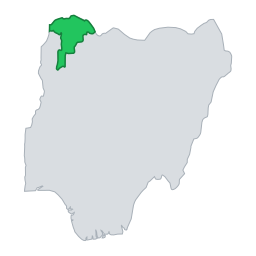 Sokoto on a map of Nigeria (Equal Earth projection)
{"feature_id": "NGA-2871", "entity_name": "Sokoto", "entity_type": "State", "adm_level": 1, "iso_a3": "NGA", "parent_name": "Nigeria", "parent_adm1": "", "projection": "equal_earth", "projection_center": [5.256, 12.709], "detail": "fine", "context": "in_parent", "style": "filled", "palette": "green", "viewbox_px": 256, "rotation_deg": 0, "n_neighbors": 0, "source": "natural_earth", "source_scale": "10m", "svg_char_len": 4838}
<svg xmlns="http://www.w3.org/2000/svg" viewBox="0 0 256 256"><path d="M213.6,19.4L221.7,34.0L223.5,44.9L224.2,50.2L225.5,50.9L228.0,51.2L229.8,52.2L230.9,54.0L231.6,55.7L231.7,56.7L231.3,63.2L230.7,65.5L231.1,68.7L231.0,70.1L230.7,71.1L229.7,72.1L228.2,73.2L224.6,76.3L223.6,76.8L222.1,76.8L220.8,77.6L219.2,79.3L216.0,85.5L213.2,91.8L211.1,102.0L208.7,105.1L208.2,108.0L207.9,114.3L207.5,116.2L207.1,116.8L204.4,118.0L202.8,119.5L201.9,122.3L200.8,132.1L200.4,133.7L199.5,135.4L198.1,137.3L196.9,138.3L193.8,139.0L190.9,146.3L190.9,147.6L189.6,154.3L187.3,159.3L187.2,162.6L184.4,167.0L182.9,170.1L184.4,173.2L184.6,173.7L179.7,179.1L179.4,179.9L179.2,183.6L178.8,184.6L177.9,185.9L176.6,187.4L175.2,188.6L173.7,189.4L172.3,189.7L171.4,189.2L171.0,188.1L170.1,183.6L169.7,182.6L168.7,181.7L164.9,176.7L162.6,175.0L162.1,175.1L161.8,175.6L161.1,178.1L160.5,179.0L159.3,179.3L157.2,179.4L155.6,179.0L155.3,178.5L154.5,176.6L149.9,181.1L148.2,182.1L146.1,187.5L143.2,190.2L141.1,192.5L135.7,199.8L134.6,202.0L133.5,205.2L131.2,218.9L127.4,227.5L126.9,229.4L126.7,229.3L126.2,230.1L124.7,229.6L124.1,228.0L123.2,227.7L121.6,225.4L121.3,225.8L122.9,231.7L122.3,234.0L117.7,234.1L113.7,234.9L111.0,234.8L109.6,234.0L109.0,231.7L108.7,232.0L108.6,233.1L107.7,234.1L104.7,234.3L103.3,232.7L102.2,231.0L101.0,230.3L101.2,231.0L102.5,232.7L102.4,235.0L99.9,237.8L98.3,238.0L97.4,236.8L96.9,234.8L96.6,232.0L95.9,230.1L95.6,230.1L96.0,233.2L96.0,236.1L97.2,238.4L95.4,239.1L93.2,239.2L93.0,238.3L92.7,236.4L92.3,236.0L91.9,239.1L87.4,240.0L86.8,239.9L86.6,239.3L87.0,238.4L86.9,237.0L85.9,238.1L85.8,240.3L85.2,240.6L83.5,240.3L81.6,239.2L78.6,236.4L74.9,231.9L74.3,229.9L73.3,227.4L71.4,220.6L71.7,220.2L72.6,220.6L73.0,220.0L71.4,219.5L71.1,219.0L71.0,217.5L71.1,215.6L73.4,214.7L74.0,213.5L74.3,212.4L71.4,214.1L68.7,212.2L68.1,211.0L68.4,210.1L71.5,210.0L72.6,209.2L72.0,208.9L70.8,208.9L70.3,208.3L70.4,206.9L70.0,207.2L69.5,208.5L67.7,209.4L66.6,208.5L66.5,206.4L66.3,205.5L65.4,204.8L62.2,199.4L58.2,194.9L54.7,191.8L49.4,190.3L38.2,190.4L37.6,190.0L38.2,189.2L39.2,188.8L42.8,186.3L42.2,185.9L38.5,187.5L37.2,187.7L35.5,190.7L24.5,191.3L24.6,189.9L25.1,186.0L25.7,183.3L25.0,179.9L24.8,176.9L25.3,176.0L25.5,174.9L25.4,167.2L25.9,166.0L26.0,165.3L24.8,162.0L24.8,159.5L24.6,157.0L24.3,155.9L24.7,146.5L24.6,144.2L24.9,142.6L25.1,138.5L25.1,134.6L25.9,128.3L30.6,127.5L31.7,125.0L32.4,121.9L32.2,118.9L33.7,116.2L35.6,113.8L35.5,111.2L36.0,110.4L36.9,109.8L38.1,109.5L39.5,108.2L40.3,105.9L41.1,102.2L39.9,99.7L39.9,99.1L40.4,97.8L41.1,96.4L41.7,96.0L43.1,96.3L43.5,95.8L44.4,91.8L44.3,90.7L43.1,88.0L42.4,80.7L42.0,79.8L41.0,78.4L38.4,73.3L38.5,70.9L39.6,67.8L40.3,66.3L41.3,65.5L41.5,64.7L41.2,63.9L40.7,63.2L40.6,61.8L41.1,59.9L41.0,57.8L41.2,46.8L43.4,44.7L46.5,41.1L48.0,37.4L48.9,34.6L49.9,25.2L51.6,24.2L54.7,20.8L58.9,18.8L61.6,18.2L66.4,18.6L68.9,18.2L71.0,16.4L71.9,15.9L73.2,15.5L85.2,20.4L86.3,20.2L87.2,20.5L88.7,21.8L92.2,26.3L95.9,33.4L97.1,34.9L98.3,35.7L99.4,36.0L100.3,35.9L101.2,35.2L102.3,33.8L104.1,33.2L105.5,33.4L113.0,28.0L113.7,27.9L118.3,29.1L124.6,34.5L129.7,38.0L133.3,39.2L137.5,40.0L144.7,40.3L150.1,32.7L152.1,31.1L154.5,29.6L159.5,28.2L167.9,27.2L175.7,27.6L180.6,28.9L185.7,31.4L188.0,33.8L191.5,34.1L194.0,33.7L194.8,31.3L197.2,28.3L201.0,25.4L204.0,23.4L206.5,22.5L208.7,20.2L210.5,19.5L213.6,19.4ZM104.9,237.3L103.2,238.0L102.1,237.9L103.7,234.7L104.4,235.4L105.4,235.7L104.9,237.3Z" fill="#d9dde1" stroke="#a8b0b8" stroke-width="1"/><path d="M73.7,15.4L74.3,15.5L79.2,18.1L84.1,20.6L84.4,20.9L84.5,20.9L85.6,20.1L86.0,20.0L86.9,20.3L87.2,20.4L88.4,21.3L90.8,24.3L93.7,28.4L95.1,31.8L94.2,32.7L92.9,33.7L91.2,33.7L89.5,33.2L89.2,32.8L88.9,32.4L88.6,32.2L88.3,32.1L87.9,32.1L87.1,32.1L86.9,32.4L86.8,32.9L86.7,33.6L86.6,34.5L86.1,34.7L85.4,34.3L84.2,34.5L83.1,35.3L82.9,36.0L83.2,40.0L82.7,41.2L82.1,41.6L81.4,41.9L77.5,42.3L76.6,43.3L76.0,44.6L75.1,46.1L74.3,46.9L74.2,48.4L74.5,50.1L74.6,52.0L73.7,53.2L68.4,53.5L65.9,52.9L65.2,55.7L65.1,66.7L64.7,66.9L64.4,67.0L64.2,66.6L63.9,66.4L63.7,66.5L63.2,66.4L62.9,66.3L62.5,66.4L59.2,68.4L58.6,69.4L57.8,70.0L57.1,69.6L56.5,68.8L56.7,66.6L57.4,64.4L58.0,60.7L57.9,51.8L58.5,50.3L59.8,49.9L61.0,50.4L61.7,49.9L61.8,48.1L61.3,44.4L61.4,43.5L61.5,42.6L61.7,40.9L61.3,39.5L60.7,38.2L60.8,37.2L61.0,36.3L61.1,36.0L61.2,35.7L61.2,35.2L61.2,34.8L61.5,34.1L61.5,33.4L61.2,32.9L60.8,33.1L60.5,33.6L60.2,34.2L59.7,34.7L59.0,34.6L58.4,34.2L57.8,33.7L57.2,33.4L56.6,33.2L55.4,32.6L54.3,31.8L53.8,31.1L53.3,30.5L52.7,30.7L52.1,31.1L50.9,30.9L49.6,30.9L49.5,31.0L49.5,30.4L49.6,24.8L50.7,24.8L51.2,24.7L51.7,24.3L54.4,20.9L55.2,20.2L56.2,19.7L58.2,19.0L61.7,17.9L62.2,17.8L62.6,18.1L63.0,18.6L63.4,18.8L64.4,18.9L66.2,18.4L68.6,18.6L69.2,18.4L69.4,18.3L70.0,17.8L70.2,17.5L70.5,16.6L70.7,16.3L71.2,15.9L73.7,15.4Z" fill="#22c55e" stroke="#15803d" stroke-width="1.5"/></svg>